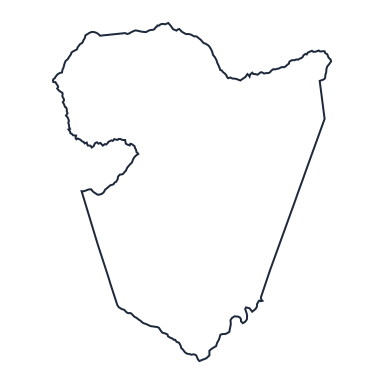 outline of São Raimundo das Mangabeiras, Maranhão, Brazil
{"feature_id": "56859067B90980321133528", "entity_name": "São Raimundo das Mangabeiras", "entity_type": "district", "adm_level": 2, "iso_a3": "BRA", "parent_name": "Brazil", "parent_adm1": "Maranhão", "projection": "natural_earth1", "projection_center": [-45.741, -7.052], "detail": "fine", "context": "isolated", "style": "outline", "palette": "slate", "viewbox_px": 384, "rotation_deg": 0, "n_neighbors": 0, "source": "geoboundaries", "source_scale": "gbopen_adm2", "svg_char_len": 4508}
<svg xmlns="http://www.w3.org/2000/svg" viewBox="0 0 384 384"><path d="M199.3,361.0L206.3,358.3L209.4,355.4L209.4,350.7L212.2,348.4L216.1,346.1L217.1,342.9L219.1,339.2L220.4,334.8L222.1,334.1L224.9,334.0L226.6,333.5L229.3,331.9L230.8,324.2L230.5,320.2L231.9,318.0L234.6,316.3L238.4,316.7L239.8,317.5L240.9,319.0L241.0,321.3L242.8,323.2L245.1,321.8L246.9,319.4L247.1,315.4L246.5,312.9L245.2,309.0L246.1,307.4L249.6,308.3L252.2,311.7L255.4,309.1L256.8,307.0L257.1,304.0L258.0,302.3L259.2,300.6L261.1,301.2L262.4,300.8L261.3,299.7L260.9,297.4L270.5,268.8L271.1,267.3L272.9,262.3L295.1,200.9L297.6,193.7L303.6,177.2L304.4,174.8L324.6,118.9L319.7,80.9L323.6,79.5L324.7,78.7L325.2,77.3L325.4,74.6L326.1,72.8L326.5,68.8L327.1,66.7L329.2,64.1L330.0,62.9L331.1,61.4L330.6,59.5L329.4,58.5L328.3,57.1L327.3,54.3L325.2,53.1L324.6,51.3L323.1,51.2L321.3,51.4L320.1,51.5L318.7,50.5L317.5,51.0L316.0,51.6L314.6,51.8L313.3,51.8L312.0,50.8L309.8,51.7L307.8,52.6L306.8,54.4L305.5,53.9L303.5,55.3L302.8,56.8L301.5,58.0L299.6,58.7L298.3,59.6L296.1,59.5L294.5,60.2L292.0,60.2L290.4,60.9L289.2,62.0L289.0,63.6L287.9,64.3L287.0,65.1L285.6,66.3L284.3,67.2L282.8,67.1L281.6,67.1L279.1,68.4L277.5,68.8L276.2,69.1L275.0,69.4L273.3,69.2L271.1,70.8L270.1,72.2L268.6,73.0L266.3,73.1L264.0,73.5L262.6,72.6L260.9,72.2L257.5,74.7L255.4,74.1L253.3,74.0L252.3,72.7L250.2,74.4L249.6,76.6L248.8,75.4L247.4,74.1L245.4,77.0L241.4,79.7L240.4,80.5L235.9,78.8L234.0,78.6L232.4,78.5L230.3,77.5L228.1,78.2L226.9,76.8L226.4,75.3L224.9,73.6L222.9,72.0L221.8,70.5L220.3,70.0L219.5,67.7L218.2,64.7L217.3,62.9L216.8,61.1L216.0,59.2L214.8,57.1L214.0,56.1L213.1,55.1L212.6,53.3L212.2,51.8L211.7,50.6L210.5,48.3L209.6,46.9L208.5,45.6L207.4,44.8L205.1,43.5L203.7,43.1L202.1,41.4L200.7,39.7L198.3,37.9L197.1,36.8L195.9,36.3L194.2,36.4L191.0,34.6L188.3,34.0L186.1,34.1L182.2,32.0L179.2,29.0L177.5,29.6L176.5,30.6L173.1,29.2L170.7,25.8L168.3,23.0L166.8,23.6L165.1,24.3L163.8,24.0L162.2,23.9L160.4,24.4L159.2,25.5L157.4,25.5L156.8,26.7L155.6,27.3L154.8,28.8L153.4,29.7L150.9,30.0L149.2,30.4L146.0,32.1L143.4,31.9L140.8,31.5L137.9,30.8L135.5,30.4L134.3,30.8L133.1,31.3L131.4,32.1L129.3,33.4L127.3,34.0L125.1,33.1L100.0,35.7L98.1,33.8L96.3,32.8L94.3,32.1L91.9,31.9L90.3,32.5L89.0,33.1L85.4,35.4L85.0,37.5L84.2,39.1L83.4,40.3L82.9,41.7L82.0,43.1L80.3,43.9L77.7,47.2L76.9,49.4L72.7,51.6L71.4,52.7L70.9,54.4L69.2,56.8L67.7,59.3L66.7,60.0L65.6,61.0L64.8,62.8L64.1,65.2L63.5,67.6L62.5,69.7L62.0,72.5L60.5,72.8L58.4,73.7L57.2,74.7L55.4,77.0L54.8,78.2L53.4,79.2L52.9,80.5L53.4,82.1L55.5,82.2L56.5,84.0L57.5,85.3L58.2,86.9L57.2,88.5L58.2,89.7L59.3,90.9L61.3,92.2L62.5,93.0L62.6,94.7L62.3,96.1L62.9,97.4L63.8,99.0L64.0,100.4L62.8,102.2L64.0,104.2L65.0,106.9L66.1,107.5L66.8,109.1L66.8,111.4L67.5,113.2L66.8,114.4L66.0,115.6L67.5,117.2L68.4,119.2L68.9,121.1L68.3,122.8L68.9,124.7L69.2,127.3L70.0,128.9L68.5,129.4L70.2,131.8L70.4,133.2L71.9,134.0L73.1,135.3L76.1,135.6L75.5,137.9L76.4,139.3L77.8,138.5L79.2,139.2L80.6,139.8L81.9,141.2L83.9,142.2L84.6,143.4L86.7,142.6L87.1,144.0L87.8,145.5L90.5,145.7L91.7,147.5L93.7,146.1L94.6,144.0L95.5,142.9L97.0,142.3L98.4,143.7L100.4,142.9L102.8,145.6L104.9,144.1L106.1,144.5L107.5,143.3L108.3,142.0L109.8,141.1L111.5,140.4L112.8,140.9L114.3,139.1L116.0,139.6L117.6,139.9L118.6,139.0L120.4,139.0L122.0,139.8L123.2,140.0L125.1,140.0L125.8,143.6L127.0,144.4L128.4,145.0L129.7,145.4L130.3,143.8L131.9,144.2L133.3,145.2L134.6,146.3L135.1,148.3L136.0,149.6L136.5,152.1L137.5,152.9L138.2,154.1L136.4,155.2L135.2,156.3L134.0,157.7L133.0,159.6L131.9,162.6L130.5,163.9L129.4,165.1L127.3,167.5L125.8,170.9L124.8,171.7L123.2,173.8L121.6,174.5L119.8,174.6L118.7,175.8L117.9,177.1L117.8,178.9L117.0,180.3L116.2,181.7L114.6,182.6L113.5,184.3L112.4,184.7L110.3,185.3L107.9,187.4L105.1,189.7L104.4,191.2L103.4,192.6L101.6,194.0L98.9,194.7L97.6,194.7L95.0,193.0L93.8,192.2L92.6,191.2L91.2,189.3L88.5,189.5L84.8,190.9L83.6,191.3L81.6,191.2L97.7,244.3L107.9,275.6L108.9,278.8L110.1,282.9L117.4,305.3L118.9,307.3L121.8,309.1L124.1,309.7L125.8,311.5L127.0,312.7L128.9,313.2L130.6,313.1L131.9,314.1L133.9,316.3L135.1,317.2L136.3,317.7L138.2,319.2L140.4,320.7L143.1,323.0L146.3,324.1L150.5,326.1L157.6,327.1L159.1,328.0L160.8,330.8L162.4,332.7L164.1,333.1L166.1,333.8L167.5,334.5L168.0,336.3L169.3,337.2L172.6,338.7L173.8,339.8L175.1,339.8L176.6,341.8L179.1,342.8L180.7,345.8L181.3,348.2L182.7,349.3L184.8,352.1L186.6,353.5L189.8,354.2L191.5,354.7L193.6,354.3L194.9,354.7L196.2,355.3L198.0,359.5L199.3,361.0Z" fill="none" stroke="#1e293b" stroke-width="2"/></svg>